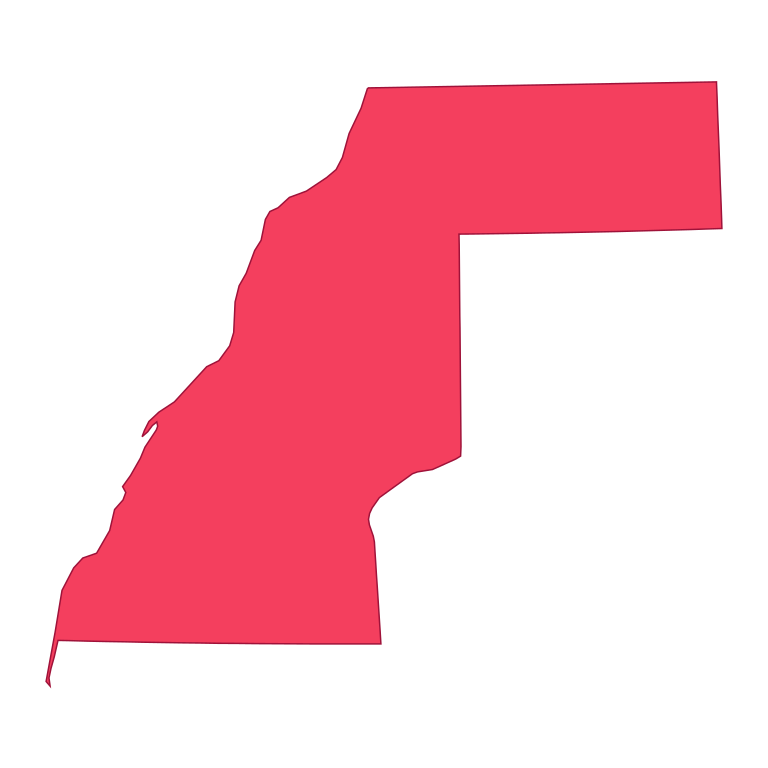 SVG path tracing the border of Western Sahara
{"feature_id": "ESH", "entity_name": "Western Sahara", "entity_type": "country or territory", "adm_level": 0, "iso_a3": "ESH", "parent_name": "Africa", "parent_adm1": "", "projection": "orthographic", "projection_center": [-13.3, 24.236], "detail": "fine", "context": "isolated", "style": "filled", "palette": "rose", "viewbox_px": 768, "rotation_deg": 0, "n_neighbors": 0, "source": "natural_earth", "source_scale": "50m", "svg_char_len": 1804}
<svg xmlns="http://www.w3.org/2000/svg" viewBox="0 0 768 768"><path d="M717.7,115.3L718.3,129.9L719.0,147.3L719.6,164.7L720.3,184.4L721.1,204.1L721.6,218.5L721.9,228.5L705.9,229.0L691.2,229.5L676.6,229.9L661.9,230.3L647.2,230.7L632.5,231.1L617.8,231.5L603.2,231.8L588.5,232.1L573.8,232.4L559.1,232.7L544.4,232.9L529.7,233.2L515.0,233.4L500.3,233.6L485.6,233.8L470.9,234.0L459.0,234.1L459.2,244.5L459.3,256.5L459.4,268.4L459.5,280.4L459.6,292.4L459.7,304.3L459.8,316.3L460.0,328.2L460.1,340.2L460.2,352.1L460.3,364.1L460.4,376.1L460.5,388.0L460.6,400.0L460.7,411.9L460.8,423.9L460.9,435.9L461.0,446.5L460.6,456.1L455.8,459.0L444.3,464.2L432.5,469.5L417.5,471.9L412.5,473.7L402.9,480.6L390.3,489.7L379.4,497.6L372.2,507.8L369.6,513.4L368.5,519.3L369.4,524.9L373.3,536.2L374.4,541.9L375.0,551.8L375.7,562.6L376.4,574.2L377.2,585.8L378.0,598.2L378.8,610.5L379.6,623.0L380.2,632.2L380.9,643.9L368.5,643.9L349.8,643.9L331.0,643.9L312.3,643.9L293.5,643.8L274.7,643.7L256.0,643.6L237.2,643.4L218.5,643.3L199.7,643.0L180.9,642.8L162.2,642.5L143.4,642.2L124.7,641.8L106.0,641.5L87.2,641.1L68.5,640.6L58.0,640.4L54.3,656.7L51.0,668.4L49.0,677.9L50.1,686.1L46.1,681.5L54.4,636.1L55.1,632.3L62.0,590.4L73.7,567.9L82.8,558.0L96.6,553.2L109.7,530.5L114.6,509.5L123.0,500.0L125.8,492.5L122.6,486.6L130.6,475.4L140.4,458.2L145.0,447.1L156.3,430.0L157.7,426.2L156.8,421.9L152.4,425.5L147.7,431.8L142.1,436.7L144.4,430.5L148.9,421.5L158.8,412.2L174.4,401.9L206.7,366.7L218.8,360.7L229.7,345.8L233.7,332.5L235.1,301.9L239.1,285.8L246.2,273.3L254.7,250.5L261.1,240.3L265.4,219.4L269.9,211.5L278.0,207.8L289.4,197.4L306.4,191.1L326.6,177.6L336.1,169.6L342.4,157.5L349.1,133.5L361.1,108.2L367.2,89.2L367.3,88.8L368.4,87.9L716.5,81.9L716.5,82.8L717.1,97.4L717.7,115.3Z" fill="#f43f5e" stroke="#9f1239" stroke-width="1.5"/></svg>